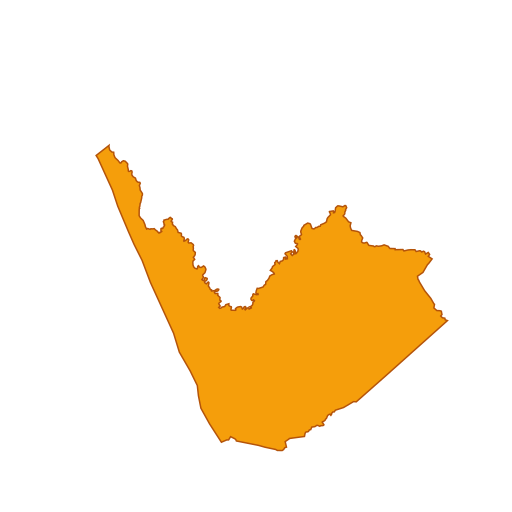 outline of Jomoro, Western, Ghana, rotated 53°
{"feature_id": "2480657B70421803893954", "entity_name": "Jomoro", "entity_type": "district", "adm_level": 2, "iso_a3": "GHA", "parent_name": "Ghana", "parent_adm1": "Western", "projection": "robinson", "projection_center": [-2.777, 5.196], "detail": "fine", "context": "isolated", "style": "filled", "palette": "amber", "viewbox_px": 512, "rotation_deg": 53, "n_neighbors": 0, "source": "geoboundaries", "source_scale": "gbopen_adm2", "svg_char_len": 6158}
<svg xmlns="http://www.w3.org/2000/svg" viewBox="0 0 512 512"><g transform="rotate(53 256 256)"><path d="M297.4,160.2L293.1,164.2L290.5,163.6L288.5,162.6L286.6,160.2L284.4,161.5L279.8,161.5L276.9,162.4L276.3,162.2L276.0,160.3L275.6,159.6L274.3,158.5L273.5,156.9L272.7,156.3L272.0,154.5L269.8,154.0L269.2,154.6L269.0,157.0L265.8,159.7L265.1,160.7L265.4,163.4L267.9,165.9L268.6,167.1L268.1,168.1L267.1,167.2L266.5,167.1L264.7,170.5L264.8,170.8L267.1,171.2L267.9,171.7L268.5,175.4L269.0,176.7L271.1,179.2L271.0,181.6L270.0,185.5L270.9,186.8L270.0,188.2L270.0,190.0L269.1,191.3L269.4,192.8L269.1,193.6L267.7,194.7L263.4,193.4L262.6,193.5L260.8,194.9L260.3,199.3L260.9,200.0L261.2,202.1L262.9,205.0L263.7,205.8L266.2,206.7L266.4,207.3L266.4,209.3L267.1,210.0L269.3,210.3L269.4,210.7L268.9,211.3L266.6,210.7L263.7,211.7L263.5,212.2L263.9,213.2L264.8,213.5L265.6,212.1L266.0,212.5L266.2,214.5L267.3,216.5L269.6,216.9L271.0,215.5L271.4,215.5L271.9,216.5L272.3,218.6L275.1,217.9L275.9,218.1L277.5,219.8L278.2,222.6L277.3,224.3L277.3,223.0L276.5,222.0L274.8,221.4L274.1,221.5L274.0,221.9L277.3,225.0L277.4,226.8L275.0,227.0L274.7,224.5L273.1,224.6L271.2,230.5L271.7,231.5L275.1,231.2L277.1,232.6L276.3,234.2L275.9,234.0L275.7,233.3L274.6,233.1L273.9,234.7L274.2,235.3L275.1,235.5L275.7,237.3L275.6,238.3L274.9,239.9L276.2,241.9L274.1,242.3L272.5,241.8L271.8,242.8L272.4,243.4L272.6,245.1L274.3,245.9L274.4,249.2L275.2,250.2L276.1,253.2L278.5,252.2L280.8,251.9L281.4,252.2L280.6,254.3L280.3,257.0L281.6,259.1L282.4,261.6L282.4,263.5L284.5,265.5L284.2,266.8L285.0,269.0L283.5,273.4L282.5,274.5L284.0,276.8L285.3,278.2L286.6,278.4L287.2,277.1L288.0,277.5L287.2,278.9L284.6,280.9L284.8,281.6L286.1,282.8L286.4,284.8L286.9,285.6L287.6,286.1L289.0,286.1L289.5,285.5L289.5,284.4L290.7,284.1L291.0,284.6L291.2,286.4L292.4,287.4L293.1,288.7L293.2,290.2L292.8,291.5L294.4,290.8L294.7,291.0L294.2,293.4L293.0,293.1L292.6,293.5L292.3,294.5L292.5,297.0L292.0,297.0L291.3,295.3L290.7,294.9L289.8,295.1L289.5,296.0L290.2,297.6L290.1,298.8L288.1,298.2L287.1,298.7L285.8,301.2L285.6,302.2L285.7,304.1L286.9,304.5L287.1,305.0L284.4,308.4L283.6,308.2L282.2,306.5L281.6,306.3L280.6,307.1L279.2,307.5L277.8,306.4L276.7,309.4L277.5,311.4L276.4,313.8L276.4,315.5L276.0,316.5L274.6,316.7L274.4,314.7L271.7,314.5L271.3,313.6L271.3,311.4L271.0,311.0L269.4,311.4L267.5,309.7L264.3,310.2L263.4,309.2L262.8,309.1L261.4,311.2L260.2,311.2L259.9,310.9L259.8,309.8L260.7,308.3L260.9,307.3L260.5,306.0L260.1,305.8L259.3,306.4L258.8,307.6L258.8,309.7L257.3,312.5L256.9,312.6L256.3,311.9L255.1,312.6L253.7,312.2L251.3,312.1L249.1,309.7L248.7,309.6L248.0,309.8L248.3,312.5L246.4,313.0L245.2,312.5L245.7,311.2L245.7,310.2L245.0,308.8L244.5,308.5L242.9,309.4L242.7,310.0L243.9,311.8L244.0,312.3L243.4,313.1L242.3,313.4L241.5,310.9L241.0,310.6L239.7,310.5L239.0,309.8L238.6,306.8L236.8,304.3L236.3,303.9L234.1,303.4L232.4,303.8L232.2,306.5L231.6,307.3L230.7,307.9L229.2,307.7L229.2,308.8L230.5,310.0L230.8,310.9L228.9,312.2L227.2,312.3L225.2,311.7L222.8,310.1L222.1,309.2L221.8,307.0L219.3,306.8L218.8,304.7L218.1,303.6L216.6,302.3L214.1,302.8L213.3,302.5L212.1,301.3L210.7,300.6L210.0,299.5L209.1,299.2L206.4,299.9L205.1,301.9L204.2,301.9L202.6,300.0L201.4,300.0L201.0,300.6L201.2,303.3L200.8,304.6L200.3,304.4L199.3,303.1L198.4,302.5L197.5,302.4L196.2,303.3L195.0,303.5L193.6,302.3L192.7,302.1L190.3,304.0L187.9,303.0L186.4,303.1L184.0,302.8L181.9,303.7L181.1,303.5L180.4,303.7L178.8,302.3L177.5,303.0L177.1,302.8L176.3,300.7L175.9,300.5L174.9,301.0L173.8,301.0L173.5,301.4L173.5,303.2L173.8,304.0L172.9,305.4L172.0,307.9L172.4,308.0L172.8,309.3L175.5,310.2L175.7,310.6L176.8,310.1L176.1,311.0L176.5,310.8L177.2,311.8L177.2,312.9L177.8,313.6L177.7,314.3L177.1,314.6L176.9,315.3L178.2,316.5L179.3,316.5L179.3,316.9L179.7,316.8L179.6,319.0L179.1,319.0L178.9,319.8L178.4,319.6L177.9,320.0L176.3,320.0L174.8,320.6L172.9,320.8L172.2,322.1L170.9,323.8L171.0,324.5L168.8,326.0L168.7,327.1L166.1,326.7L164.1,325.8L159.7,324.7L156.2,325.3L153.5,325.1L148.7,321.4L148.0,320.8L148.0,320.3L146.8,319.8L146.4,318.9L144.2,316.8L144.0,316.1L140.8,312.3L139.7,311.5L138.9,310.0L137.7,309.1L133.6,308.8L131.5,307.5L129.6,306.8L128.2,304.6L127.2,304.5L126.1,305.8L124.8,306.2L123.4,306.2L121.2,305.4L118.9,306.4L116.7,306.4L115.3,305.5L114.4,304.4L113.2,304.0L112.5,304.6L112.4,305.8L111.9,306.7L111.2,306.8L110.3,306.1L106.9,304.6L105.4,303.1L104.7,303.0L101.6,303.4L100.1,304.6L99.9,306.6L100.4,308.0L99.7,308.7L96.8,308.7L92.6,309.4L89.6,308.6L87.5,307.2L86.3,308.5L83.3,309.1L79.9,307.5L79.2,306.8L79.5,323.2L83.2,323.5L117.0,331.0L132.9,336.4L159.8,343.2L173.4,346.4L190.9,349.6L213.5,356.2L268.1,368.3L286.7,375.1L308.0,377.7L324.1,380.8L333.0,386.1L344.4,391.6L362.1,394.1L383.9,395.7L385.3,390.0L386.4,388.6L385.0,385.0L389.0,383.0L390.4,382.6L391.9,383.0L408.7,368.0L414.1,363.9L422.4,356.7L424.1,356.0L427.1,352.2L427.2,350.4L426.4,348.5L427.0,346.7L421.8,344.4L422.0,339.6L421.8,339.2L429.3,325.9L427.2,323.6L426.7,322.4L426.8,321.6L427.6,320.4L427.6,319.4L427.0,318.0L427.6,316.8L426.2,314.4L427.7,311.7L427.9,309.2L428.5,308.6L430.4,307.5L430.4,306.6L431.7,304.6L431.9,303.9L431.6,303.3L428.7,303.2L428.3,302.7L428.7,301.8L428.8,299.9L428.1,298.4L428.1,297.5L426.6,295.0L426.4,293.6L426.8,292.2L428.3,292.1L427.9,290.9L427.3,290.6L426.8,288.5L427.6,287.3L426.9,285.4L429.7,277.3L431.0,265.7L432.8,263.7L429.6,222.8L422.8,142.0L420.8,143.3L419.3,142.6L417.5,144.3L415.1,144.6L414.7,142.7L411.6,141.2L410.3,142.1L408.4,144.4L404.5,145.2L402.0,142.5L401.2,142.7L395.1,141.9L385.2,142.2L375.0,141.1L373.2,140.6L372.2,140.7L369.3,139.2L369.6,132.6L366.1,124.3L365.9,122.7L364.3,117.1L360.0,118.6L359.2,116.4L357.1,116.3L356.8,116.3L356.5,119.4L354.0,118.8L353.0,119.3L352.5,121.2L350.8,121.6L350.3,122.1L348.8,125.4L346.7,125.3L344.2,128.5L342.7,130.9L341.0,134.8L339.2,134.8L334.7,141.1L333.8,140.5L330.5,144.6L327.8,144.6L324.2,147.0L323.5,149.5L321.9,152.4L320.3,153.8L320.1,155.5L319.6,156.0L318.8,156.1L315.4,159.5L312.0,159.2L311.6,159.5L310.8,161.9L309.4,163.0L308.3,163.2L307.2,162.2L305.8,159.9L302.7,159.7L301.9,159.9L299.8,158.9L297.4,160.2Z" fill="#f59e0b" stroke="#b45309" stroke-width="1.5"/></g></svg>